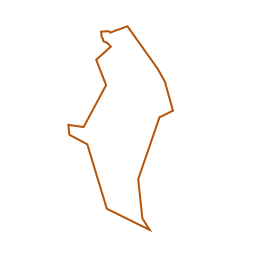 the district of Landri Sales, Piauí, Brazil, rotated 314°
{"feature_id": "56859067B80048635644180", "entity_name": "Landri Sales", "entity_type": "district", "adm_level": 2, "iso_a3": "BRA", "parent_name": "Brazil", "parent_adm1": "Piauí", "projection": "equal_earth", "projection_center": [-43.866, -7.314], "detail": "fine", "context": "isolated", "style": "outline", "palette": "amber", "viewbox_px": 256, "rotation_deg": 314, "n_neighbors": 0, "source": "geoboundaries", "source_scale": "gbopen_adm2", "svg_char_len": 597}
<svg xmlns="http://www.w3.org/2000/svg" viewBox="0 0 256 256"><g transform="rotate(314 128 128)"><path d="M55.2,168.9L69.7,214.3L73.0,201.1L96.4,173.1L98.3,170.9L135.6,153.5L157.6,143.2L171.7,148.3L184.3,126.9L186.8,122.7L191.2,108.3L200.8,56.9L193.4,53.4L189.4,51.3L184.4,49.1L184.3,47.0L178.6,41.7L177.7,42.9L176.8,44.0L175.7,45.1L175.0,46.4L174.7,48.2L173.9,48.8L173.3,50.3L174.0,51.7L174.4,52.9L174.9,54.2L174.7,56.4L174.6,58.0L174.6,59.1L155.0,57.7L143.6,82.5L135.4,84.8L97.8,95.4L94.8,91.2L88.8,82.9L82.4,90.6L88.0,110.0L55.2,168.9Z" fill="none" stroke="#b45309" stroke-width="2"/></g></svg>